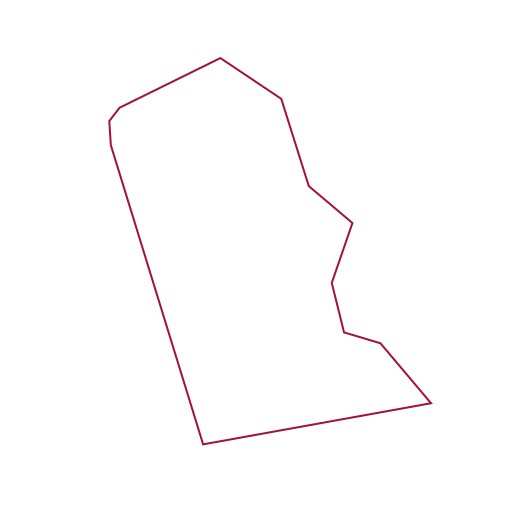 SVG path tracing the border of Coventry, rotated 250°
{"feature_id": "GBR-5696", "entity_name": "Coventry", "entity_type": "Metropolitan Borough", "adm_level": 1, "iso_a3": "GBR", "parent_name": "United Kingdom", "parent_adm1": "", "projection": "natural_earth1", "projection_center": [-1.533, 52.398], "detail": "fine", "context": "isolated", "style": "outline", "palette": "rose", "viewbox_px": 512, "rotation_deg": 250, "n_neighbors": 0, "source": "natural_earth", "source_scale": "10m", "svg_char_len": 319}
<svg xmlns="http://www.w3.org/2000/svg" viewBox="0 0 512 512"><g transform="rotate(250 256 256)"><path d="M57.8,370.1L97.1,141.9L409.8,157.5L433.0,164.3L442.0,178.5L454.2,290.2L395.0,333.5L303.6,329.5L254.0,357.9L204.8,318.0L154.1,312.6L131.4,343.1L57.8,370.1Z" fill="none" stroke="#9f1239" stroke-width="2"/></g></svg>